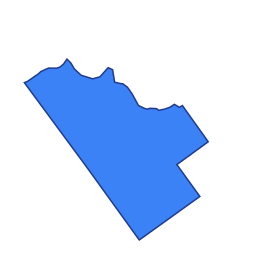 Arenac, Michigan, United States of America (orthographic projection), rotated 234°
{"feature_id": "52423323B18748750980244", "entity_name": "Arenac", "entity_type": "district", "adm_level": 2, "iso_a3": "USA", "parent_name": "United States of America", "parent_adm1": "Michigan", "projection": "orthographic", "projection_center": [-83.781, 44.037], "detail": "fine", "context": "isolated", "style": "filled", "palette": "blue", "viewbox_px": 256, "rotation_deg": 234, "n_neighbors": 0, "source": "geoboundaries", "source_scale": "gbopen_adm2", "svg_char_len": 614}
<svg xmlns="http://www.w3.org/2000/svg" viewBox="0 0 256 256"><g transform="rotate(234 128 128)"><path d="M30.8,71.3L30.4,145.9L69.7,146.0L69.7,184.8L114.2,185.2L114.5,181.8L119.9,179.4L120.1,174.3L121.7,168.9L124.2,163.2L126.9,162.5L131.2,157.1L131.6,155.1L133.8,153.1L140.0,149.7L153.4,151.4L161.3,151.5L166.8,149.8L167.8,148.6L172.9,144.1L184.2,149.8L188.5,147.4L185.9,135.4L188.6,128.3L198.2,121.1L207.6,119.3L214.1,120.0L219.6,119.1L217.6,113.3L217.3,108.9L218.3,105.5L223.2,98.9L224.9,90.6L224.5,87.4L224.8,74.2L225.6,70.8L122.3,71.6L30.8,71.3Z" fill="#3b82f6" stroke="#1e3a8a" stroke-width="1.5"/></g></svg>